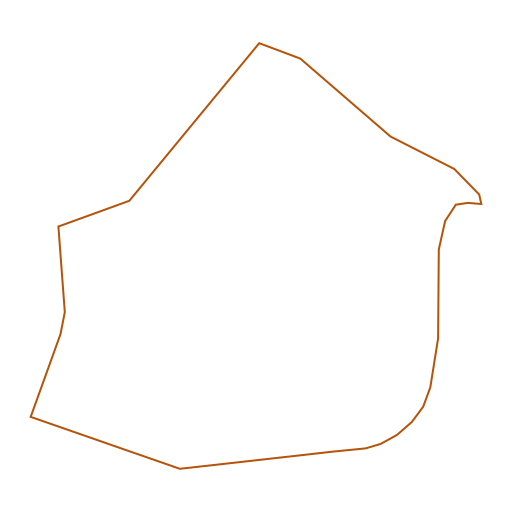 map outline of Prebold (Natural Earth projection)
{"feature_id": "SVN-243", "entity_name": "Prebold", "entity_type": "Municipality", "adm_level": 1, "iso_a3": "SVN", "parent_name": "Slovenia", "parent_adm1": "", "projection": "natural_earth1", "projection_center": [15.109, 46.221], "detail": "fine", "context": "isolated", "style": "outline", "palette": "amber", "viewbox_px": 512, "rotation_deg": 0, "n_neighbors": 0, "source": "natural_earth", "source_scale": "10m", "svg_char_len": 420}
<svg xmlns="http://www.w3.org/2000/svg" viewBox="0 0 512 512"><path d="M259.2,43.2L300.3,58.6L390.6,136.6L454.3,169.0L479.2,194.5L481.3,204.0L467.8,202.9L455.8,204.7L445.1,221.1L438.8,249.5L438.1,338.3L430.3,387.4L423.2,406.7L411.8,422.0L397.0,434.9L380.7,443.9L365.5,448.4L332.2,451.7L179.8,468.8L30.7,416.9L60.5,334.1L64.8,312.2L58.4,226.5L129.3,200.8L259.2,43.2Z" fill="none" stroke="#b45309" stroke-width="2"/></svg>